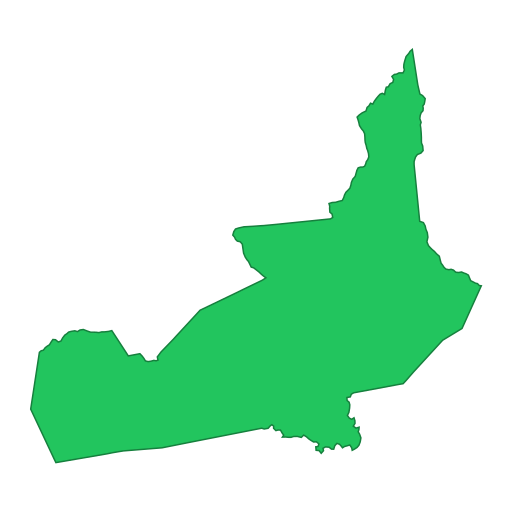 Mundo Novo, Bahia, Brazil (Robinson projection)
{"feature_id": "56859067B88529686936311", "entity_name": "Mundo Novo", "entity_type": "district", "adm_level": 2, "iso_a3": "BRA", "parent_name": "Brazil", "parent_adm1": "Bahia", "projection": "robinson", "projection_center": [-40.513, -11.871], "detail": "fine", "context": "isolated", "style": "filled", "palette": "green", "viewbox_px": 512, "rotation_deg": 0, "n_neighbors": 0, "source": "geoboundaries", "source_scale": "gbopen_adm2", "svg_char_len": 3724}
<svg xmlns="http://www.w3.org/2000/svg" viewBox="0 0 512 512"><path d="M423.4,222.6L419.7,221.3L414.1,164.7L414.1,161.6L414.8,159.2L415.6,156.9L417.4,154.5L420.9,153.1L423.1,150.6L422.7,146.0L421.5,143.0L421.4,140.4L421.4,137.5L421.2,133.2L420.8,128.2L420.3,124.9L421.1,122.3L419.8,118.6L420.2,115.5L421.1,112.9L423.0,110.7L423.2,108.2L422.8,105.9L424.2,104.1L424.7,101.8L425.2,98.6L422.6,95.6L419.9,94.0L417.8,84.9L412.3,49.4L410.1,51.3L408.8,53.4L406.1,56.5L404.7,61.0L403.9,64.3L403.7,67.3L404.4,70.1L403.0,72.9L399.0,72.9L396.4,74.2L394.4,74.4L391.9,76.4L393.6,79.4L392.8,82.4L390.1,83.7L388.3,86.8L386.3,87.2L385.4,90.1L384.6,94.5L382.3,93.3L380.1,94.2L378.5,95.9L376.4,98.4L374.3,101.3L372.8,104.1L370.5,103.2L368.9,105.9L367.1,107.4L366.0,111.0L362.1,112.9L359.2,115.0L357.1,117.1L358.0,119.6L358.8,122.4L359.5,125.6L361.5,128.8L363.3,130.9L364.6,133.7L364.9,137.1L365.0,140.2L365.3,142.6L366.2,145.5L366.8,148.4L367.7,150.6L368.5,153.6L368.8,156.9L367.7,159.7L366.3,161.6L365.7,163.9L364.6,166.3L362.6,167.1L360.5,167.1L358.2,167.8L356.9,170.3L356.3,172.5L355.2,176.4L352.8,179.1L351.4,182.4L350.9,185.1L349.9,188.2L347.7,190.5L345.9,192.3L344.5,195.0L343.8,197.4L342.3,200.5L338.9,201.3L335.6,202.3L332.2,202.5L329.0,203.5L329.7,206.2L329.6,208.7L329.9,212.2L332.1,214.1L332.7,217.5L330.4,218.9L277.2,224.3L263.5,225.6L261.3,225.7L253.0,226.3L243.9,226.8L238.6,228.0L235.5,229.0L233.8,231.6L232.8,235.1L234.6,237.2L235.5,239.3L237.3,241.1L240.3,241.8L242.3,244.2L243.0,249.0L243.6,253.2L245.3,257.2L247.0,259.8L248.5,261.5L250.0,264.6L251.2,267.1L253.6,267.8L256.1,269.7L259.0,272.0L261.2,274.1L263.3,275.9L265.9,277.8L262.3,280.2L259.4,281.6L245.1,288.5L230.3,295.7L200.1,310.2L176.1,336.2L173.4,339.2L161.0,352.0L159.3,354.3L157.3,356.9L158.0,360.1L156.1,360.8L153.8,360.4L151.0,361.2L148.1,361.6L145.4,360.9L143.9,358.4L142.1,356.0L139.9,353.7L128.3,355.9L124.4,349.9L111.8,330.6L108.7,331.4L104.3,331.9L101.7,331.9L98.9,332.6L96.3,332.3L93.8,332.2L90.7,332.2L87.2,331.0L83.3,329.5L80.0,330.0L77.5,331.6L74.8,330.8L71.1,331.4L68.6,332.1L66.9,333.7L64.8,335.1L62.6,338.0L61.0,341.0L58.3,342.0L55.5,339.7L52.9,339.5L51.4,341.6L49.4,344.8L47.3,346.1L45.2,347.7L43.4,350.2L41.1,350.8L39.4,352.3L30.7,409.1L54.2,459.1L55.9,462.6L107.1,453.8L112.6,452.7L118.5,451.7L123.4,450.9L162.1,447.8L187.7,442.7L261.7,428.2L264.2,429.0L268.1,428.3L270.1,426.0L271.8,424.7L273.6,426.0L273.6,428.3L275.9,430.6L278.0,430.0L280.5,430.1L282.3,433.3L283.7,435.1L282.4,437.1L285.6,437.0L288.5,437.3L291.1,437.3L293.5,436.5L297.3,436.4L301.3,437.4L303.7,435.1L306.5,436.8L308.8,438.9L311.0,440.4L313.6,442.0L316.4,441.8L318.9,443.9L318.0,446.5L315.8,446.8L316.1,450.3L319.1,450.6L321.2,453.3L323.5,450.7L323.0,448.3L325.5,446.9L329.1,447.2L331.4,449.1L333.7,449.2L334.8,445.7L336.9,443.4L339.6,444.3L341.2,446.1L342.5,447.8L344.5,446.5L346.8,445.9L349.8,445.0L351.7,447.8L352.2,450.3L354.5,449.1L357.0,447.5L358.9,445.3L360.2,441.9L360.9,437.9L359.6,434.2L358.2,431.8L358.9,429.6L359.1,427.2L356.0,428.1L353.3,426.2L355.0,423.4L354.9,420.7L354.0,417.8L351.7,419.3L349.3,418.1L347.4,415.5L348.9,412.3L349.6,408.1L349.8,404.8L349.1,402.2L347.1,400.5L346.9,397.5L350.3,396.9L351.3,394.2L353.7,392.8L399.4,384.3L403.1,383.7L405.9,380.7L413.3,372.2L440.2,342.9L442.7,340.2L462.0,328.5L481.3,285.8L479.2,285.5L477.5,283.6L475.5,283.2L473.5,282.1L470.7,280.7L469.5,277.9L468.4,275.1L465.9,273.7L463.8,273.0L461.6,272.0L458.5,272.5L455.7,272.2L453.5,270.1L451.1,269.3L448.9,269.7L445.9,269.1L444.0,267.3L442.5,265.0L441.1,263.2L440.2,259.9L439.3,256.2L436.5,253.8L434.4,251.4L432.1,249.5L430.4,247.8L428.5,245.7L426.9,241.8L427.9,237.2L427.3,232.6L425.9,229.3L425.2,226.0L423.4,222.6Z" fill="#22c55e" stroke="#15803d" stroke-width="1.5"/></svg>